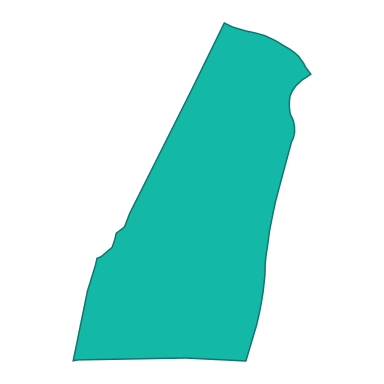 the district of Al Mutun, Al Jawf, Yemen
{"feature_id": "15242507B16554732287122", "entity_name": "Al Mutun", "entity_type": "district", "adm_level": 2, "iso_a3": "YEM", "parent_name": "Yemen", "parent_adm1": "Al Jawf", "projection": "natural_earth1", "projection_center": [44.619, 16.313], "detail": "fine", "context": "isolated", "style": "filled", "palette": "teal", "viewbox_px": 384, "rotation_deg": 0, "n_neighbors": 0, "source": "geoboundaries", "source_scale": "gbopen_adm2", "svg_char_len": 1202}
<svg xmlns="http://www.w3.org/2000/svg" viewBox="0 0 384 384"><path d="M191.7,89.7L190.8,91.5L136.6,199.7L129.9,213.0L125.0,225.6L124.4,227.0L119.1,231.1L116.2,233.3L114.8,239.5L112.1,247.4L110.3,248.9L107.5,251.3L101.1,256.7L97.0,258.3L95.6,264.6L94.3,269.0L94.2,269.3L91.8,277.0L90.9,279.9L89.8,283.6L87.7,290.2L87.4,291.1L86.9,293.7L82.3,316.5L82.2,316.6L77.2,341.5L73.6,358.8L73.2,360.8L77.9,359.9L134.7,358.9L154.8,358.5L176.7,358.2L177.9,358.1L185.2,358.0L191.3,358.3L202.1,358.8L209.3,359.2L215.6,359.5L224.9,359.9L245.8,361.0L246.0,360.6L251.5,342.1L256.6,325.0L259.4,312.9L261.7,300.7L263.3,290.4L264.9,275.1L265.2,263.9L266.0,255.8L267.6,245.4L269.5,231.0L272.7,214.8L273.2,212.3L275.8,200.4L280.2,183.8L285.3,164.9L291.4,142.3L291.4,142.2L293.4,137.7L294.6,132.3L294.5,126.9L293.4,120.6L290.2,113.9L289.4,108.0L289.4,100.8L289.9,97.1L290.1,95.9L292.1,91.4L295.7,86.0L302.0,80.1L308.7,75.6L310.8,74.2L308.8,71.5L305.4,66.9L303.6,63.2L300.8,59.5L298.7,56.4L295.3,53.3L290.4,49.6L283.9,45.8L276.8,41.4L269.7,37.9L264.9,35.7L256.5,33.3L251.0,32.0L245.6,30.9L238.8,28.9L236.6,28.2L232.8,27.1L227.4,24.5L224.3,23.0L192.0,89.1L191.7,89.7Z" fill="#14b8a6" stroke="#0f766e" stroke-width="1.5"/></svg>